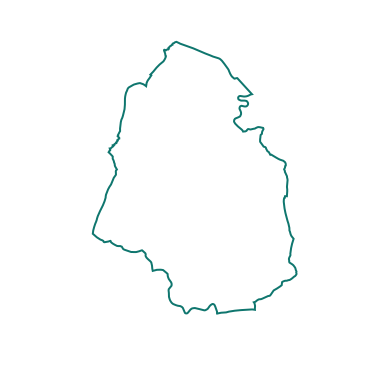 the district of Maha Chana Chai, Yasothon, Thailand, rotated 55°
{"feature_id": "78962969B6297471410312", "entity_name": "Maha Chana Chai", "entity_type": "district", "adm_level": 2, "iso_a3": "THA", "parent_name": "Thailand", "parent_adm1": "Yasothon", "projection": "mercator", "projection_center": [104.234, 15.506], "detail": "fine", "context": "isolated", "style": "outline", "palette": "teal", "viewbox_px": 384, "rotation_deg": 55, "n_neighbors": 0, "source": "geoboundaries", "source_scale": "gbopen_adm2", "svg_char_len": 5959}
<svg xmlns="http://www.w3.org/2000/svg" viewBox="0 0 384 384"><g transform="rotate(55 192 192)"><path d="M146.3,86.8L124.7,89.6L124.3,90.2L123.6,92.1L123.4,92.3L120.8,93.0L119.3,93.1L117.1,92.9L114.2,92.3L113.1,92.0L111.9,91.9L105.5,92.0L101.7,92.2L99.7,92.6L98.6,93.0L97.5,93.7L93.1,97.1L90.4,98.8L86.4,101.5L75.0,108.6L63.6,116.7L63.1,116.9L60.1,118.6L59.7,119.7L59.6,120.2L59.7,121.4L59.4,122.2L59.6,122.6L59.6,123.2L60.2,123.6L59.9,124.4L60.2,125.1L60.0,126.1L60.3,127.4L60.4,128.6L60.6,128.8L61.2,128.8L61.4,128.8L61.6,129.6L61.6,129.8L61.1,130.2L60.9,131.7L61.0,132.2L60.9,132.4L60.7,132.5L60.3,132.5L60.0,132.7L59.6,133.1L59.6,133.3L59.8,133.6L60.2,133.8L63.0,134.5L65.5,135.7L65.8,135.5L66.6,136.4L67.6,138.1L68.3,139.7L68.6,140.5L69.0,145.4L69.8,149.7L71.2,154.7L72.0,158.8L73.1,158.4L74.3,161.4L75.2,164.1L75.7,165.1L76.7,166.7L78.1,168.0L79.0,168.9L77.1,169.5L75.6,170.2L73.0,172.1L72.6,172.8L71.9,174.4L70.7,177.8L70.5,179.3L70.1,183.8L70.3,184.8L70.7,185.7L71.6,186.9L72.8,189.0L74.0,190.4L75.3,191.8L77.1,193.4L82.0,196.9L85.5,199.8L89.8,204.7L91.2,206.5L92.3,208.4L93.9,210.2L98.7,214.5L100.9,216.0L101.5,217.4L102.1,218.4L103.0,220.2L103.6,220.2L103.8,220.9L105.5,220.6L105.7,220.8L106.1,220.7L106.2,221.0L106.5,221.1L106.4,221.6L106.6,222.4L107.0,222.9L106.7,223.5L107.2,224.0L107.6,224.0L107.9,224.8L107.8,225.4L107.9,225.9L108.0,226.0L108.4,226.2L108.5,226.2L108.3,227.3L108.4,228.3L108.9,228.6L108.9,229.2L109.1,229.6L108.9,229.8L108.7,229.8L108.6,229.6L108.4,229.7L108.2,230.2L108.4,230.3L109.2,230.4L109.4,230.6L109.4,232.0L109.5,232.5L109.6,233.7L109.2,234.4L109.6,234.5L110.1,234.4L110.3,234.6L110.5,235.1L110.8,235.1L111.0,235.2L111.0,235.4L110.9,235.7L110.9,235.9L111.6,237.5L113.5,237.1L117.1,236.6L117.5,236.6L119.0,237.7L119.4,237.9L120.4,238.0L122.1,238.4L122.9,238.8L124.6,239.2L126.0,240.0L127.0,240.3L130.5,240.6L130.8,241.9L131.3,242.5L134.1,244.3L134.4,244.8L135.5,247.9L139.4,254.0L140.4,256.6L141.7,259.2L144.9,264.0L146.1,265.2L147.1,266.0L149.4,268.9L151.8,272.6L154.9,278.3L157.8,283.1L159.4,285.2L160.1,285.9L160.8,286.9L161.0,287.1L162.6,289.6L164.7,292.4L166.9,295.0L169.3,297.2L174.6,295.9L178.5,294.3L180.1,293.2L180.8,292.9L181.2,292.7L182.1,292.9L182.6,292.8L183.0,292.4L184.6,288.9L185.2,286.9L185.4,286.8L186.6,287.1L186.9,287.1L188.8,286.5L190.8,285.6L193.1,284.4L193.4,284.1L194.4,282.9L195.1,281.8L195.8,281.4L196.4,280.9L197.2,280.9L198.9,281.1L199.2,281.0L199.9,280.8L201.0,280.1L206.2,276.3L209.0,272.5L209.4,271.6L210.2,269.4L210.9,266.9L211.1,266.4L211.7,266.2L215.2,265.4L215.6,265.4L216.4,265.6L217.3,266.4L218.2,266.8L219.6,266.9L221.1,266.7L225.2,265.8L226.4,265.8L229.4,267.0L232.0,268.5L234.1,269.4L235.6,265.4L237.7,262.2L239.1,260.7L239.5,260.4L243.9,259.2L245.2,259.0L246.8,260.0L248.2,260.5L249.9,260.9L253.8,260.9L254.9,261.1L255.8,261.5L257.0,262.5L257.4,263.8L258.0,265.9L258.3,266.8L258.7,267.2L259.3,267.7L261.5,268.9L264.7,271.0L267.0,271.8L268.3,272.1L269.7,272.2L271.1,272.2L272.2,271.9L272.9,271.7L275.3,270.2L277.0,268.9L278.7,267.1L279.9,266.4L280.9,266.1L281.8,266.0L286.9,267.1L287.6,266.9L288.1,266.4L288.5,265.8L288.6,265.1L288.4,264.1L287.4,260.5L287.4,258.9L287.8,257.8L288.7,256.2L292.5,252.8L296.0,249.8L296.5,248.8L296.7,247.2L296.7,246.1L295.6,243.0L295.3,241.5L295.4,239.8L295.6,239.3L296.1,238.8L297.0,238.4L297.8,238.4L299.3,238.7L304.3,240.1L306.7,241.7L306.0,241.1L307.6,237.4L310.2,233.1L311.2,230.3L313.8,225.0L316.8,219.7L322.3,210.7L322.9,209.8L324.6,208.0L323.6,207.4L321.5,205.7L319.5,204.8L318.7,204.6L317.8,204.6L318.3,203.0L318.1,200.9L318.2,199.2L318.4,198.6L319.2,197.2L319.4,196.8L319.7,195.6L320.8,189.7L320.9,189.3L321.4,188.3L321.6,187.6L321.3,186.4L320.2,183.5L319.5,181.6L319.5,181.2L319.8,177.8L319.9,174.2L319.8,172.0L317.6,170.0L317.5,169.9L317.5,169.0L317.9,167.2L318.2,166.5L319.1,165.1L319.4,163.9L320.0,162.6L320.1,162.2L320.2,160.3L320.1,158.9L319.9,157.0L320.0,155.6L319.4,153.8L318.9,153.3L318.4,153.0L317.7,152.8L317.0,152.0L315.4,151.7L314.2,151.2L313.1,150.9L310.1,151.0L308.7,151.4L305.7,152.6L304.9,152.4L303.9,151.7L302.7,151.2L302.2,150.8L301.5,149.9L300.5,148.0L300.1,147.5L299.0,146.9L294.8,143.0L291.8,139.7L288.6,135.6L285.5,135.8L284.3,135.7L283.0,135.4L280.6,134.5L279.5,134.3L277.2,132.8L273.3,131.2L270.4,130.3L267.1,129.1L262.8,127.5L258.5,125.6L252.7,122.5L251.0,121.2L249.9,120.1L249.7,119.5L249.9,119.2L248.8,118.3L249.3,117.4L249.9,116.7L246.2,113.7L244.5,112.5L242.3,111.3L237.2,107.0L236.2,106.4L234.6,105.8L233.6,105.2L229.2,104.4L228.8,104.4L228.2,103.9L226.2,103.5L225.4,101.9L224.3,100.9L224.1,100.6L224.2,100.2L223.9,99.8L222.5,99.0L222.1,98.9L221.1,98.7L220.6,98.8L218.8,99.3L215.9,101.4L214.5,102.2L212.4,103.2L207.0,105.6L206.7,105.8L206.5,106.5L206.2,106.6L205.1,106.3L204.0,106.3L203.4,106.2L202.9,106.3L202.2,106.7L201.5,106.8L199.6,106.5L199.2,106.5L198.4,106.2L197.9,106.1L197.4,106.2L196.9,106.5L195.9,107.3L193.2,107.3L190.2,107.4L189.6,107.2L187.8,105.9L186.3,104.5L185.9,104.2L184.7,103.1L184.6,102.7L184.5,101.5L184.2,101.1L183.8,100.9L182.9,100.0L182.7,99.6L182.3,99.1L181.6,97.5L180.9,97.1L180.3,97.0L177.9,99.2L176.8,100.5L176.6,101.0L176.3,102.3L176.1,104.2L175.5,105.4L174.5,107.9L174.3,108.3L172.9,109.6L172.6,110.1L172.7,111.1L173.1,112.1L173.1,112.7L172.9,113.6L171.8,115.5L171.2,115.4L170.5,115.3L169.3,115.5L164.5,116.8L160.8,117.4L159.1,117.3L158.5,117.2L158.2,117.0L157.2,116.1L157.1,115.8L156.7,114.9L156.7,114.2L157.4,111.1L157.6,109.5L157.5,109.0L156.8,107.8L156.3,107.1L155.1,106.3L154.0,105.9L151.3,105.4L150.7,105.1L150.0,104.4L149.6,103.7L149.5,103.3L149.6,102.6L149.8,102.0L150.1,101.7L152.0,100.0L152.6,99.2L152.9,98.6L153.0,98.2L153.0,97.2L152.8,96.6L152.3,95.8L151.4,95.1L150.8,95.0L149.5,94.9L148.5,95.3L147.3,96.5L145.3,99.3L144.7,99.8L143.0,100.7L142.4,100.7L141.5,100.3L141.0,99.9L140.8,99.5L140.6,98.8L140.7,98.0L140.9,97.7L141.1,97.3L143.4,94.9L143.8,94.4L144.5,93.2L144.9,92.4L145.4,90.8L145.8,88.0L146.3,86.8Z" fill="none" stroke="#0f766e" stroke-width="2"/></g></svg>